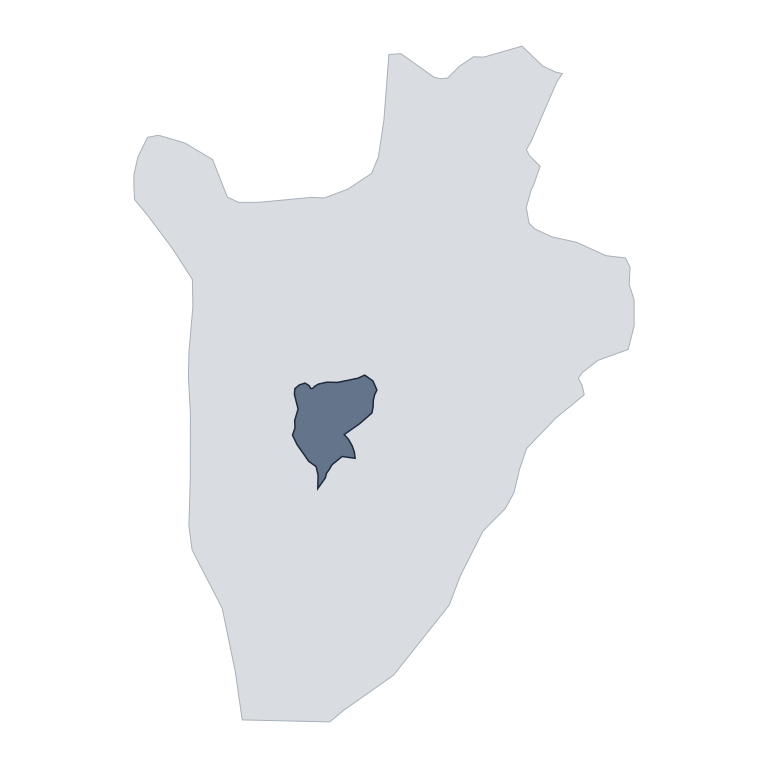 location of Mwaro within Burundi
{"feature_id": "BDI-5588", "entity_name": "Mwaro", "entity_type": "Province", "adm_level": 1, "iso_a3": "BDI", "parent_name": "Burundi", "parent_adm1": "", "projection": "robinson", "projection_center": [29.724, -3.536], "detail": "fine", "context": "in_parent", "style": "filled", "palette": "slate", "viewbox_px": 768, "rotation_deg": 0, "n_neighbors": 0, "source": "natural_earth", "source_scale": "10m", "svg_char_len": 1596}
<svg xmlns="http://www.w3.org/2000/svg" viewBox="0 0 768 768"><path d="M562.4,73.6L556.9,81.8L531.3,140.9L526.4,149.7L529.2,155.2L540.1,166.4L533.7,184.9L531.2,189.9L526.3,207.3L529.0,223.2L535.1,229.1L551.7,236.8L576.5,242.3L605.8,255.6L625.5,258.0L630.1,267.5L629.2,284.6L634.1,299.5L634.1,326.0L628.2,349.4L598.1,360.3L582.5,372.3L578.3,378.3L582.1,385.3L584.2,394.8L555.8,418.1L526.6,448.5L519.6,469.0L513.8,493.2L505.2,508.7L483.0,531.0L460.3,575.9L449.2,605.1L393.6,675.1L344.1,710.0L329.7,721.9L242.2,719.9L235.5,672.7L222.2,608.2L192.1,550.0L188.9,525.7L190.3,478.8L190.4,412.8L188.4,377.3L189.0,351.5L192.9,306.5L192.4,279.6L172.6,248.7L147.9,215.7L134.5,199.6L133.9,186.5L133.9,174.5L137.9,157.0L147.5,137.4L158.3,135.2L184.9,143.0L212.6,159.6L227.3,197.0L238.5,202.4L259.0,202.3L311.2,197.4L324.2,198.0L348.0,189.1L371.6,173.3L378.4,157.0L383.9,120.4L388.9,54.5L400.9,53.7L433.9,77.2L441.0,78.8L447.9,77.9L459.3,66.3L473.4,56.8L483.8,57.1L522.0,46.1L542.6,66.0L555.6,72.1L562.4,73.6Z" fill="#d9dde1" stroke="#a8b0b8" stroke-width="1"/><path d="M364.7,375.1L373.0,381.0L376.9,390.0L374.5,395.1L373.3,400.5L373.1,406.7L371.9,413.0L359.5,423.8L344.2,434.5L348.5,439.4L352.1,445.7L354.3,451.9L355.1,458.3L342.1,456.5L332.0,464.7L329.5,469.1L326.5,473.3L325.4,477.8L317.8,488.5L318.1,475.2L316.1,466.6L308.8,461.4L297.0,444.5L292.5,435.1L295.0,428.1L294.7,420.4L298.1,409.0L294.4,394.4L294.9,388.6L299.4,384.9L305.0,383.1L309.1,385.6L310.7,388.5L313.0,388.2L314.7,386.3L318.4,384.1L326.6,382.2L337.6,382.4L358.0,378.2L364.7,375.1Z" fill="#64748b" stroke="#1e293b" stroke-width="1.5"/></svg>